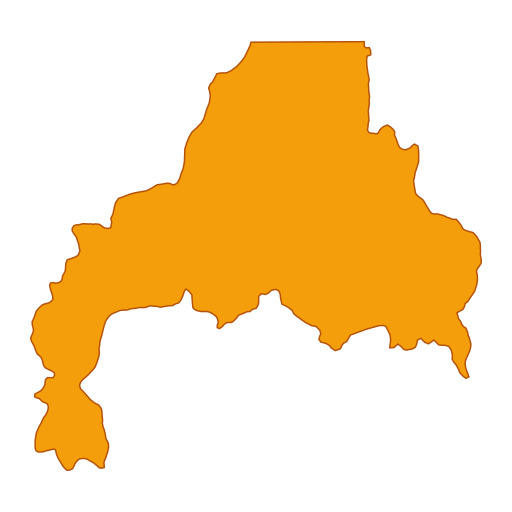 Aurora do Pará, Pará, Brazil
{"feature_id": "56859067B35276359605385", "entity_name": "Aurora do Pará", "entity_type": "district", "adm_level": 2, "iso_a3": "BRA", "parent_name": "Brazil", "parent_adm1": "Pará", "projection": "natural_earth1", "projection_center": [-47.772, -2.26], "detail": "fine", "context": "isolated", "style": "filled", "palette": "amber", "viewbox_px": 512, "rotation_deg": 0, "n_neighbors": 0, "source": "geoboundaries", "source_scale": "gbopen_adm2", "svg_char_len": 5570}
<svg xmlns="http://www.w3.org/2000/svg" viewBox="0 0 512 512"><path d="M418.3,148.6L417.8,146.0L414.5,144.1L412.4,145.5L410.3,147.8L407.7,149.0L405.8,149.8L402.7,149.4L400.1,147.9L398.5,145.4L395.8,137.9L394.6,135.6L394.7,131.9L393.2,129.4L390.2,126.7L387.1,125.0L382.7,127.1L380.1,129.5L378.2,133.0L376.2,133.9L373.8,133.3L371.2,133.3L368.9,132.5L367.4,130.1L367.9,127.4L368.3,123.0L369.0,120.6L368.6,115.1L368.3,110.5L369.3,104.2L369.2,99.4L369.6,96.6L368.8,91.8L368.6,87.1L368.4,83.2L369.2,79.8L368.7,76.8L367.9,73.1L366.9,65.9L366.6,59.6L367.2,56.1L370.8,54.8L370.6,50.7L369.2,47.6L366.3,47.9L364.3,46.6L364.2,41.7L310.3,41.9L308.0,41.9L251.0,42.2L250.0,45.7L247.5,51.1L244.5,57.3L241.7,61.0L239.3,63.7L236.9,66.3L231.0,70.8L226.4,72.9L220.4,73.0L216.8,73.8L215.3,76.8L212.4,82.2L210.4,83.9L208.6,88.1L209.6,91.3L210.3,96.1L209.3,102.8L206.6,109.6L203.8,118.9L201.2,123.1L196.5,128.0L192.0,132.1L189.1,137.0L186.6,143.2L184.9,148.8L184.4,161.9L183.2,168.5L181.3,173.3L179.9,177.9L177.5,182.7L174.3,184.9L171.9,184.5L170.0,183.4L166.3,183.3L162.3,184.1L157.1,184.8L155.0,186.0L151.3,188.4L146.4,190.8L135.0,192.8L129.5,194.3L125.2,196.0L118.4,198.5L115.5,202.9L114.2,208.0L112.9,214.3L110.9,218.1L111.7,222.4L110.7,227.7L107.9,228.5L104.0,227.7L99.6,224.4L95.4,223.9L93.4,224.3L90.7,223.9L88.4,224.0L83.0,223.7L78.1,224.9L76.0,224.9L73.8,225.8L72.2,228.4L72.2,230.8L73.7,233.4L76.4,237.2L77.3,240.2L78.3,242.9L78.9,245.4L79.2,248.0L80.0,250.5L78.2,255.1L76.3,256.4L74.0,257.5L69.8,259.0L67.3,259.7L66.0,262.9L65.6,265.8L65.5,268.5L65.2,271.1L62.6,276.1L62.2,278.7L61.3,281.0L59.5,282.3L56.1,283.2L52.6,282.6L50.4,283.1L49.6,285.4L50.6,289.7L52.1,294.0L52.7,296.4L52.9,299.1L51.5,301.1L48.9,302.9L44.2,304.1L41.6,305.4L39.6,307.4L37.8,309.3L36.1,311.6L34.3,317.0L33.2,319.6L32.1,321.9L32.4,325.2L33.0,327.6L33.5,330.1L32.8,333.2L31.7,335.4L30.7,338.1L31.3,340.8L34.1,346.0L36.1,351.4L37.2,353.9L39.3,355.6L41.0,357.3L42.2,359.9L43.7,365.8L45.1,367.6L48.9,369.7L52.2,371.2L54.3,372.8L54.6,375.2L53.0,377.7L47.5,377.6L45.5,379.5L44.8,385.1L43.5,387.4L42.0,389.8L39.6,391.5L37.0,392.9L34.9,394.1L34.6,396.7L37.0,398.0L39.1,398.4L40.8,400.1L42.9,402.0L45.5,402.8L47.5,404.2L48.4,407.0L47.9,410.1L46.9,412.8L45.4,415.4L43.5,417.8L41.0,423.3L39.3,426.2L36.9,431.5L36.1,433.9L35.8,436.7L35.2,439.7L35.1,442.5L35.2,448.3L36.0,450.7L38.1,452.0L42.9,451.9L45.2,451.1L53.7,449.0L55.6,450.0L56.3,453.6L57.7,457.2L59.1,459.9L62.7,465.8L64.1,467.6L66.9,470.3L69.9,470.0L72.5,468.7L74.0,466.0L75.1,463.5L77.0,461.0L79.4,458.9L83.4,458.4L86.6,458.9L93.6,462.9L96.6,465.3L99.2,467.8L101.6,468.2L104.3,467.5L103.9,462.2L105.6,458.1L107.5,452.4L108.5,447.9L108.5,444.0L107.5,441.4L106.0,438.8L105.3,434.4L104.3,430.1L103.1,427.0L102.3,423.0L102.6,420.3L102.3,417.4L101.8,410.6L101.1,408.4L98.6,404.9L95.9,403.7L93.4,402.1L90.0,399.3L88.0,396.8L85.6,394.1L82.8,391.0L80.5,388.8L79.5,385.1L80.8,381.8L82.6,379.8L88.3,374.7L91.6,371.1L93.2,369.4L94.9,367.3L96.4,363.9L98.1,358.9L99.0,355.6L99.3,352.4L99.0,349.2L99.6,345.3L99.9,342.1L100.8,338.4L101.7,335.6L103.2,329.4L104.2,325.5L105.6,321.2L107.6,318.2L109.6,315.7L111.6,314.1L114.2,312.8L116.7,311.9L118.8,310.9L120.8,310.3L127.8,309.9L129.8,309.0L132.2,308.6L135.2,308.4L139.0,307.5L142.4,307.6L145.3,307.5L147.8,306.6L150.7,305.8L153.4,306.2L156.6,306.3L160.3,307.2L168.7,305.8L172.5,305.6L175.7,303.8L178.8,302.8L181.1,299.7L182.6,296.5L183.4,294.0L184.4,291.1L185.9,289.0L189.0,291.3L191.9,294.9L192.3,301.8L192.9,307.6L194.4,309.3L196.7,310.5L201.0,311.5L206.9,311.5L209.6,312.1L212.3,313.6L214.4,315.0L216.2,316.5L217.5,318.8L218.3,322.6L217.3,324.9L217.3,327.7L219.6,328.5L222.3,326.6L224.5,324.0L226.6,322.6L231.7,322.4L233.9,320.8L236.7,317.8L238.6,315.2L240.6,314.5L244.0,313.1L247.4,311.6L249.8,311.6L252.4,309.3L256.1,308.4L257.7,305.8L258.6,303.3L258.7,296.3L261.2,293.8L266.0,294.4L268.9,292.6L271.5,290.2L275.8,289.4L278.6,290.7L280.1,293.8L280.7,298.8L281.9,304.1L284.5,305.3L286.5,306.3L288.4,307.5L292.2,310.4L293.7,313.7L296.9,316.4L305.5,322.5L311.9,325.8L315.9,326.3L319.8,330.2L320.8,333.9L319.7,336.3L318.9,339.2L320.9,342.2L323.1,342.6L326.2,343.6L329.7,345.6L331.0,347.7L335.2,350.6L340.3,348.9L342.0,345.2L343.6,343.2L346.6,341.6L350.4,335.1L365.6,329.4L379.2,325.6L381.6,325.6L383.7,325.5L385.8,326.4L387.8,330.2L389.8,334.3L390.4,337.2L390.6,340.9L390.1,344.5L389.7,347.8L394.1,347.6L395.8,345.7L398.1,344.1L400.8,346.3L403.8,349.4L406.5,350.1L409.2,349.5L412.8,348.8L415.3,347.2L416.4,344.9L417.7,339.8L421.0,338.4L424.7,342.3L428.6,343.8L431.6,341.7L433.9,340.0L436.6,342.7L438.8,344.9L442.4,345.3L444.8,345.3L448.6,346.2L451.3,350.2L452.4,355.0L452.2,359.0L453.5,361.7L456.4,365.3L458.8,369.9L459.8,372.7L461.3,374.3L463.2,376.3L466.0,378.3L468.9,376.8L466.9,371.4L465.8,368.2L465.0,363.1L465.9,359.4L469.8,350.6L470.7,346.7L470.9,344.0L469.2,337.6L468.1,335.1L467.6,332.3L465.9,328.1L463.3,326.5L461.8,324.2L460.6,321.4L458.5,318.6L457.0,312.7L460.3,310.8L462.8,309.5L464.5,306.6L465.1,303.7L467.9,301.4L470.5,297.3L474.6,291.4L476.8,284.4L477.4,280.0L477.4,276.9L477.1,274.2L476.4,271.4L477.4,268.7L479.1,266.4L481.0,263.5L481.3,260.3L480.3,254.4L480.6,251.3L480.3,248.8L480.4,246.2L480.0,242.4L476.6,236.4L473.2,232.7L465.1,230.3L462.6,228.4L461.2,225.5L459.1,222.5L456.3,219.4L452.2,219.2L449.9,218.1L446.8,217.2L443.4,215.5L440.3,214.7L437.5,213.9L434.8,214.0L431.9,213.5L430.1,211.7L426.7,206.2L423.1,200.0L418.2,196.3L415.6,193.5L414.7,188.6L413.6,181.2L414.7,175.7L415.2,172.3L416.1,169.9L418.6,162.0L418.7,156.0L418.6,151.5L418.3,148.6Z" fill="#f59e0b" stroke="#b45309" stroke-width="1.5"/></svg>